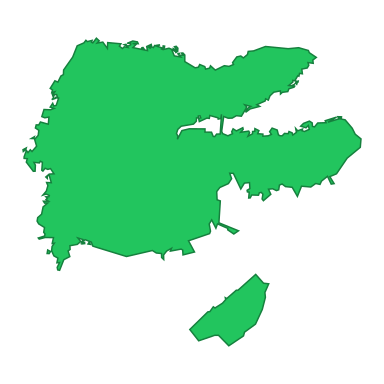 Tonoas, Federated States of Micronesia (orthographic projection)
{"feature_id": "79324940B80636387322037", "entity_name": "Tonoas", "entity_type": "district", "adm_level": 2, "iso_a3": "FSM", "parent_name": "Federated States of Micronesia", "parent_adm1": "", "projection": "orthographic", "projection_center": [151.879, 7.372], "detail": "fine", "context": "isolated", "style": "filled", "palette": "green", "viewbox_px": 384, "rotation_deg": 0, "n_neighbors": 0, "source": "geoboundaries", "source_scale": "gbopen_adm2", "svg_char_len": 5828}
<svg xmlns="http://www.w3.org/2000/svg" viewBox="0 0 384 384"><path d="M42.4,162.3L41.8,170.3L42.9,171.1L45.1,168.3L47.8,169.4L50.5,168.6L54.0,173.8L49.2,174.1L45.8,177.0L47.3,178.4L47.2,176.0L49.2,175.3L51.3,182.7L46.6,182.5L47.9,185.6L46.3,191.1L42.9,195.1L46.2,194.1L49.3,195.5L48.8,196.8L45.9,196.8L47.3,198.3L46.0,199.5L48.4,201.2L43.4,201.2L44.6,203.1L47.6,203.1L43.1,206.9L41.6,214.2L37.7,217.6L37.1,221.1L38.7,223.9L44.5,227.5L43.7,232.3L45.0,234.0L44.6,236.0L38.3,238.0L39.2,239.1L45.1,237.5L53.5,237.6L52.2,243.5L54.3,243.2L52.1,246.4L51.6,250.8L53.9,255.9L57.9,258.1L56.9,262.8L59.6,262.5L57.2,267.3L57.7,269.9L59.6,270.3L63.8,259.7L69.8,256.6L68.1,250.9L70.1,249.5L69.9,245.7L77.3,244.4L80.7,241.5L77.9,238.0L82.9,239.5L81.8,242.3L85.1,239.7L91.3,242.1L92.9,246.2L126.5,256.5L152.4,250.5L156.3,253.0L161.5,253.5L161.6,257.5L163.7,259.5L163.6,254.9L166.7,251.0L171.5,248.3L170.4,251.1L181.1,249.1L182.7,250.0L183.0,254.9L194.5,252.0L188.5,240.8L209.6,233.6L210.5,231.2L209.2,224.0L211.7,219.9L215.9,228.2L217.5,223.9L227.8,228.4L227.7,229.8L233.8,234.0L238.5,230.8L218.9,222.8L220.3,200.9L217.1,199.8L216.7,191.6L219.8,187.5L228.4,183.6L231.6,178.7L229.7,173.2L233.4,173.4L240.8,189.0L244.4,183.1L249.5,182.6L249.9,188.6L247.1,190.3L247.4,191.9L249.2,192.2L248.7,198.0L250.2,197.9L251.7,195.0L258.5,195.2L259.3,192.8L261.3,192.4L262.9,194.2L262.1,199.0L263.4,200.7L270.8,194.3L268.5,189.2L272.7,188.8L276.5,190.6L278.7,189.8L279.4,185.1L282.1,184.0L285.5,186.6L292.2,187.3L297.4,196.4L301.5,186.2L310.8,187.0L315.7,183.5L320.0,184.4L321.5,181.1L327.5,176.3L331.2,184.1L334.1,183.6L329.8,176.6L336.5,173.8L347.2,158.1L360.3,147.3L361.0,138.9L355.2,134.2L352.2,128.2L345.1,119.8L339.5,118.7L327.9,122.2L336.6,117.1L325.2,120.7L326.1,122.7L317.7,123.0L314.5,126.9L312.5,126.4L312.2,122.9L309.4,121.1L303.5,123.4L300.7,126.2L306.0,127.8L308.3,125.5L309.3,129.3L304.5,131.5L302.0,130.7L302.5,129.1L297.7,130.8L295.7,128.5L296.4,132.4L292.8,135.0L292.1,132.8L289.0,131.5L288.2,133.7L284.5,133.4L282.2,135.8L280.1,135.8L278.4,134.8L277.2,130.0L272.1,128.1L269.6,131.7L271.4,134.4L268.3,135.8L262.9,136.2L262.9,134.1L257.7,133.7L258.9,130.6L254.9,128.6L254.8,131.3L252.6,131.5L252.5,133.8L248.0,136.2L249.6,132.7L248.7,131.1L240.7,132.3L243.2,129.3L242.8,127.7L236.4,130.9L233.1,128.8L231.7,131.8L232.5,133.7L227.9,135.8L222.6,133.6L221.7,131.3L223.7,116.5L228.1,118.2L232.2,118.1L236.4,115.7L241.4,116.2L246.0,108.5L246.5,106.7L244.8,104.8L250.8,106.4L247.8,108.2L245.6,112.3L250.2,108.9L259.7,106.4L256.8,104.7L265.1,101.0L265.6,98.8L268.3,100.1L270.0,95.8L273.8,92.2L280.4,90.9L280.5,94.0L282.4,92.3L287.8,91.6L288.9,88.8L294.0,87.2L294.6,86.3L288.7,85.5L292.8,82.1L292.8,80.4L296.0,81.0L295.2,80.1L297.8,75.7L298.9,76.2L299.5,73.4L302.4,73.8L301.8,69.1L307.2,68.0L308.8,65.3L308.0,62.6L313.2,63.3L312.8,60.1L316.3,57.4L309.3,52.7L308.4,50.5L298.7,47.7L288.2,48.7L265.5,46.5L253.6,50.9L248.2,51.4L247.5,54.5L243.4,57.9L240.8,56.0L236.8,56.9L232.6,62.6L233.5,64.5L229.0,66.4L224.3,65.7L215.3,70.1L210.5,65.8L209.6,68.1L205.6,69.1L204.8,66.6L199.7,64.5L198.4,67.2L195.1,67.8L184.8,61.6L184.8,55.0L182.9,53.0L181.5,53.1L183.2,55.2L179.1,55.2L180.8,57.0L174.3,55.9L171.6,49.3L169.0,48.2L163.1,49.6L161.4,49.0L161.7,47.8L154.7,45.5L153.4,47.6L151.6,46.8L150.2,48.2L148.8,47.3L151.5,45.7L151.2,44.4L146.7,46.5L147.5,50.6L132.9,47.6L136.3,44.2L132.5,43.5L138.2,43.7L137.4,41.9L132.8,41.0L127.2,43.3L130.6,43.3L130.7,44.7L128.0,46.1L126.1,45.2L127.9,47.5L124.3,46.8L122.4,48.5L119.4,46.2L120.9,43.8L107.7,42.6L107.4,48.4L102.8,42.1L97.1,43.1L99.2,40.8L96.4,38.2L92.8,42.9L91.5,42.3L92.1,40.4L87.3,41.6L85.9,40.3L83.9,42.9L77.2,45.8L72.7,57.1L63.6,70.0L63.4,74.6L60.9,76.0L57.9,82.1L54.9,80.8L50.2,88.4L52.5,89.9L51.8,92.5L54.9,91.7L53.0,94.4L52.0,93.3L53.3,97.1L54.4,94.7L56.6,94.5L57.4,96.9L54.7,97.7L58.6,98.1L56.2,105.4L53.8,106.0L52.7,103.3L50.2,107.1L54.1,108.4L50.5,109.8L44.0,109.5L41.8,116.6L44.8,117.8L48.9,117.1L48.3,124.2L40.4,122.0L38.8,124.9L36.2,124.9L35.4,128.0L38.8,130.3L38.2,135.4L34.6,139.3L36.6,146.2L32.0,151.5L30.3,149.8L28.0,152.6L26.4,150.4L24.1,156.9L24.1,158.4L27.3,158.7L26.3,162.1L33.3,171.3L35.1,171.2L35.4,165.2L33.9,162.4L39.4,162.9L40.3,161.2L42.4,162.3ZM221.5,114.3L220.2,134.0L216.6,134.1L214.7,136.6L213.2,136.4L211.5,132.2L205.0,132.1L205.0,128.9L189.3,128.8L181.9,130.6L177.4,139.3L177.9,136.2L176.5,133.5L177.8,129.4L181.2,126.2L193.5,124.1L196.3,121.2L196.5,117.9L198.3,117.9L198.3,116.0L200.0,115.8L200.8,117.9L198.6,118.2L199.3,121.6L206.9,118.1L209.3,118.4L209.8,115.5L218.0,117.8L218.2,119.1L220.8,118.5L221.5,114.3ZM214.7,335.3L218.5,335.3L228.8,345.8L243.5,335.9L244.5,332.2L255.5,324.1L262.3,309.4L265.4,297.3L264.9,292.5L268.7,283.8L263.5,283.2L255.7,274.4L238.0,290.2L236.3,290.2L226.8,298.5L225.3,297.7L225.7,299.6L222.5,303.2L215.0,308.0L213.3,306.8L209.9,311.6L207.8,311.9L189.8,329.5L198.7,340.8L214.7,335.3ZM50.5,251.5L47.7,250.0L47.1,253.5L49.2,253.6L50.5,251.5ZM177.9,48.2L176.2,46.3L174.5,46.7L177.7,50.8L177.9,48.2ZM338.5,118.2L341.4,117.7L341.5,116.8L337.8,116.7L338.5,118.2ZM26.2,148.0L23.0,149.7L23.3,151.5L25.7,149.5L26.2,148.0ZM174.8,51.2L176.2,50.3L173.2,48.5L173.0,49.9L174.8,51.2ZM89.2,242.1L88.0,244.0L90.4,244.4L89.2,242.1ZM162.9,48.1L164.4,47.7L164.6,46.1L163.2,45.9L162.9,48.1ZM157.5,46.4L159.9,44.8L156.7,45.3L157.5,46.4ZM144.4,49.4L143.0,47.5L141.9,47.7L141.6,48.2L144.4,49.4ZM84.6,242.4L82.4,243.0L82.1,243.9L84.7,243.6L84.6,242.4ZM34.3,136.8L31.4,138.5L33.7,138.6L34.3,136.8ZM295.7,82.8L298.0,82.1L298.2,81.1L296.2,81.6L295.7,82.8ZM53.4,98.1L51.8,99.6L54.5,98.7L53.4,98.1ZM125.3,45.3L126.6,44.2L124.2,44.7L125.3,45.3ZM178.4,54.2L180.0,53.2L178.0,53.8L178.4,54.2ZM292.6,85.2L294.0,85.6L294.2,84.5L292.6,85.2ZM175.8,52.4L177.3,51.8L175.7,51.6L175.8,52.4ZM296.0,83.7L296.7,84.3L296.9,83.7L296.0,83.7Z" fill="#22c55e" stroke="#15803d" stroke-width="1.5"/></svg>